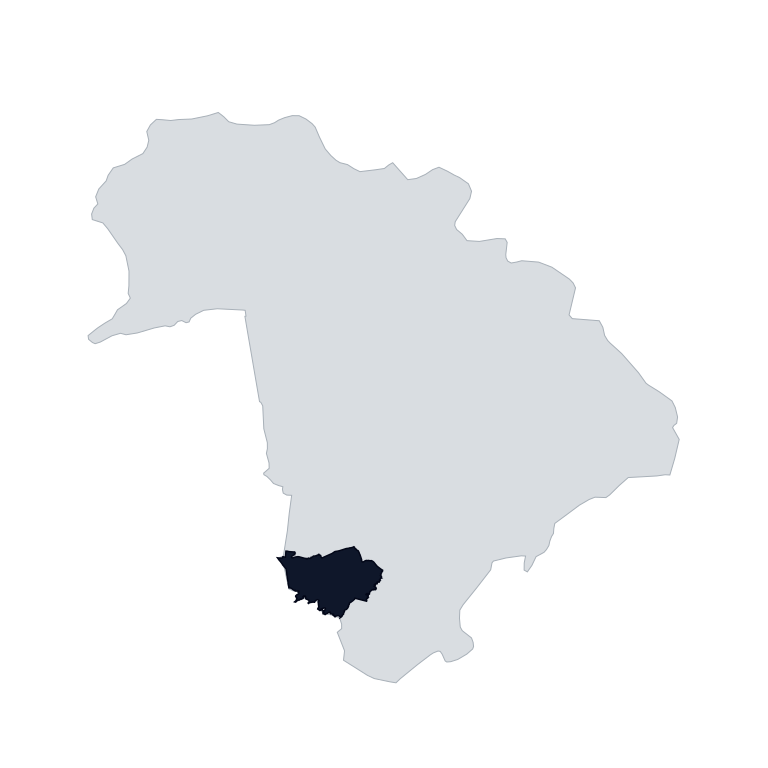 Kompienga, Kompienga, Burkina Faso shown in context, rotated 81°
{"feature_id": "67063806B63358793036390", "entity_name": "Kompienga", "entity_type": "district", "adm_level": 2, "iso_a3": "BFA", "parent_name": "Burkina Faso", "parent_adm1": "Kompienga", "projection": "equal_earth", "projection_center": [0.936, 11.436], "detail": "fine", "context": "in_parent", "style": "filled", "palette": "ink", "viewbox_px": 768, "rotation_deg": 81, "n_neighbors": 0, "source": "geoboundaries", "source_scale": "gbopen_adm2", "svg_char_len": 9077}
<svg xmlns="http://www.w3.org/2000/svg" viewBox="0 0 768 768"><g transform="rotate(81 384 384)"><path d="M569.5,510.1L550.2,511.2L543.1,513.9L538.9,514.0L538.7,511.6L538.2,510.3L513.9,502.4L496.8,497.8L479.5,492.6L478.5,497.4L476.0,500.6L472.2,500.8L469.6,500.0L467.9,503.8L465.0,508.7L461.0,511.1L457.0,514.1L454.8,516.8L453.2,516.8L449.3,510.6L444.0,509.9L434.1,511.0L429.7,509.3L423.7,508.4L409.4,509.7L386.6,507.2L382.9,508.5L381.9,509.7L359.3,510.0L334.4,510.3L313.6,510.6L295.4,510.8L295.4,509.7L289.5,509.6L288.9,511.7L283.6,536.9L283.0,550.6L285.7,559.2L288.8,564.6L292.2,566.8L292.5,569.9L289.7,573.8L290.0,577.9L293.2,582.1L294.0,586.4L292.3,591.1L292.7,602.1L295.0,619.7L295.0,631.1L292.7,636.3L293.8,645.1L298.2,657.7L299.0,663.0L297.4,665.5L293.6,668.8L289.9,668.7L285.5,661.1L283.6,657.6L280.1,649.9L277.1,642.2L273.0,638.8L269.0,635.6L264.2,625.8L259.5,621.1L254.5,622.5L247.2,620.6L232.6,618.2L216.9,618.9L210.3,621.2L203.8,624.7L187.4,632.6L180.9,636.5L176.0,646.4L170.4,646.2L164.9,643.0L161.4,638.5L154.0,639.5L146.8,635.2L139.9,626.6L134.7,623.8L128.2,617.6L126.5,605.8L122.4,597.6L118.7,586.1L113.0,580.9L106.5,578.2L97.5,578.8L91.6,574.2L87.0,567.4L88.3,561.6L90.4,553.4L90.7,545.4L92.2,532.5L91.5,516.4L89.9,505.2L94.9,500.5L100.7,496.3L104.3,488.6L108.2,471.5L109.9,456.7L108.8,451.2L106.9,446.9L105.4,440.5L104.6,432.7L105.7,425.9L110.1,419.6L115.6,414.3L119.5,411.8L129.8,409.2L142.6,405.3L150.0,400.8L155.5,396.4L158.5,392.9L161.6,385.7L166.6,380.1L170.5,374.5L171.1,358.8L171.2,349.9L168.4,345.0L166.8,340.8L185.9,328.6L186.1,319.9L183.5,310.3L179.9,302.5L178.5,295.8L183.8,288.0L188.6,282.0L192.0,277.0L199.5,269.3L207.3,267.4L214.3,270.2L234.9,288.3L238.5,289.4L242.8,288.1L248.3,283.3L255.4,279.6L258.1,267.5L258.0,249.7L259.6,241.6L263.4,240.2L275.3,243.5L278.4,243.7L281.9,242.6L284.4,239.5L284.3,233.8L283.8,228.7L287.8,212.2L294.9,199.9L309.4,184.5L313.8,181.4L319.0,179.8L344.7,190.4L348.9,187.8L355.2,161.5L362.2,159.0L370.6,158.5L376.0,156.3L378.8,154.4L391.1,144.5L412.6,130.9L424.2,125.1L426.5,122.9L434.8,113.3L445.8,102.2L452.8,100.0L462.5,99.2L468.6,101.1L470.3,104.2L472.2,105.8L484.9,101.1L503.0,108.5L518.6,115.9L517.6,120.5L517.5,128.8L516.2,141.8L514.6,157.4L521.0,167.5L528.8,178.4L530.9,182.6L528.8,193.3L530.2,199.6L534.3,210.1L541.3,223.4L548.4,237.1L553.4,238.9L558.1,240.0L560.9,242.4L565.1,244.8L569.3,246.4L572.9,249.4L575.3,252.3L578.3,260.8L586.3,266.3L592.0,271.8L589.7,274.7L582.7,273.5L576.1,271.1L575.2,275.2L574.9,290.7L576.0,303.6L577.5,305.3L584.2,307.7L600.0,324.5L614.4,340.4L619.2,344.5L627.2,346.1L636.0,346.7L639.9,345.3L648.5,337.3L653.1,336.4L657.3,336.6L659.6,337.9L663.7,344.4L667.6,354.3L668.7,361.6L668.4,365.5L667.1,366.9L660.0,368.8L656.9,370.3L656.2,372.4L657.3,377.3L658.7,380.5L666.4,394.8L677.6,414.0L681.0,418.9L679.1,424.7L673.4,439.7L669.2,445.9L650.5,467.2L641.3,464.7L621.9,469.0L619.0,464.1L614.5,463.4L608.9,464.3L606.9,466.2L606.3,468.2L604.3,471.2L600.8,479.6L598.0,481.8L594.5,483.1L590.3,482.9L587.9,484.0L587.9,488.2L587.1,491.8L584.3,493.7L583.1,497.7L583.3,501.7L581.6,503.6L578.0,502.6L575.8,501.5L573.8,506.6L571.3,510.2L569.5,510.1Z" fill="#d9dde1" stroke="#a8b0b8" stroke-width="1"/><path d="M540.0,439.2L540.3,440.0L540.6,442.1L540.5,443.6L540.7,444.7L540.6,447.0L541.7,454.2L541.8,455.8L541.8,458.6L542.3,459.8L543.2,461.6L546.1,472.4L545.8,472.8L545.4,473.1L544.5,473.3L544.1,473.3L543.8,473.4L543.7,473.4L543.5,473.7L543.3,473.6L543.0,474.0L542.9,474.5L542.1,474.8L542.0,475.1L542.1,475.4L542.3,475.4L542.5,475.8L542.7,476.2L542.7,477.1L543.2,477.8L543.0,478.5L543.1,479.3L542.9,480.7L543.5,481.4L543.7,481.9L543.8,483.2L544.4,483.3L544.5,483.8L544.7,484.1L544.6,484.7L544.2,485.6L544.1,486.1L544.9,487.4L544.9,487.6L544.7,488.0L544.1,488.1L544.0,488.5L544.0,488.8L543.7,489.7L541.4,494.8L541.2,495.4L541.0,496.6L541.0,498.3L541.2,500.0L541.4,501.0L541.4,501.9L541.2,502.1L540.9,502.3L540.1,502.3L539.7,501.9L539.4,501.1L538.8,500.1L538.6,498.9L538.1,499.1L537.7,499.1L537.5,498.6L537.1,498.1L536.6,498.4L536.1,498.4L535.8,498.8L535.7,499.8L534.6,504.3L534.1,505.3L533.7,507.0L539.6,508.5L539.5,509.1L538.7,510.8L539.0,511.2L539.7,511.2L539.9,511.5L539.9,512.1L539.5,514.7L539.0,516.4L541.8,515.0L543.3,514.0L546.1,512.5L546.6,512.5L547.2,512.0L551.2,509.7L555.6,509.6L557.4,509.8L558.8,509.7L563.1,509.8L565.6,509.7L566.0,509.9L568.7,509.8L569.3,509.6L569.5,509.8L570.4,509.8L571.1,507.7L572.8,506.0L573.1,505.8L574.2,504.4L574.1,504.2L574.3,504.2L574.7,503.6L574.8,502.9L574.7,501.9L574.8,501.1L575.3,500.3L575.6,500.3L575.8,500.5L576.1,501.3L576.9,500.8L577.6,500.8L577.9,501.0L578.2,501.4L578.6,503.1L579.2,504.1L579.6,504.4L580.2,504.5L581.8,503.5L582.2,503.5L582.5,504.0L583.3,504.2L583.8,504.5L584.5,505.2L585.2,506.4L585.6,505.6L585.6,505.3L584.4,503.7L584.4,503.1L584.0,502.5L584.2,501.5L583.9,500.8L583.4,500.4L583.4,500.1L583.7,499.4L583.3,498.8L583.4,498.0L583.2,497.6L582.8,497.4L582.5,496.7L582.0,496.4L581.9,496.6L582.1,497.0L581.8,497.4L581.5,497.4L580.8,496.5L581.0,496.1L580.9,495.4L581.1,495.0L581.5,494.7L583.8,494.8L584.2,494.6L585.3,492.6L585.8,492.1L586.3,491.9L587.5,491.9L588.0,492.9L588.2,493.1L588.6,493.2L589.0,492.8L588.2,491.7L588.4,491.1L588.2,490.4L588.4,489.4L588.1,488.9L588.3,488.5L588.2,488.2L588.6,487.3L588.7,486.8L588.5,486.5L587.7,486.1L587.2,485.5L586.6,484.0L586.6,483.5L587.2,482.6L587.6,482.1L588.0,482.1L588.4,482.4L588.9,483.1L589.6,483.1L590.2,482.9L590.5,483.0L590.8,483.3L591.3,483.3L591.8,483.1L592.4,483.1L592.8,483.4L593.7,483.2L594.0,483.3L595.6,484.6L595.9,484.7L596.5,483.8L597.5,483.2L597.7,482.8L597.5,481.8L597.5,480.8L597.3,480.2L596.9,480.2L596.7,480.3L596.7,480.6L597.2,481.2L596.9,481.5L596.6,481.5L596.3,481.1L596.1,480.2L596.1,479.4L595.9,478.4L595.9,477.9L596.1,477.3L596.4,477.0L596.9,477.0L597.5,477.4L598.2,478.1L598.7,479.8L599.6,480.0L599.7,479.1L600.1,479.0L600.3,479.2L600.5,479.9L601.3,480.2L601.5,480.1L601.8,479.0L602.5,478.3L602.5,478.0L601.8,476.8L601.8,476.0L601.4,475.6L601.0,474.2L601.1,473.8L600.8,473.2L600.9,472.8L601.2,472.7L602.1,472.9L602.5,472.7L602.8,472.4L602.7,471.9L603.3,470.9L603.3,470.3L603.5,470.0L603.9,470.6L604.1,470.6L604.9,470.0L605.1,469.3L606.1,469.1L606.2,468.8L606.2,468.4L605.7,468.1L605.7,467.5L605.4,466.7L605.8,464.8L607.2,463.7L607.5,463.6L607.9,463.8L607.5,462.9L607.3,462.8L607.3,462.5L607.1,462.3L607.0,462.0L606.6,462.0L606.3,461.5L605.7,461.2L605.6,460.9L604.9,459.9L604.6,459.8L604.3,459.9L603.9,459.8L602.8,458.8L602.4,458.8L602.1,458.5L601.7,458.6L601.0,457.7L600.8,456.9L600.8,456.5L600.6,456.1L600.3,455.9L599.9,455.2L599.4,454.9L599.2,454.5L598.7,454.4L598.0,453.8L597.7,454.0L597.3,453.7L597.0,453.7L596.7,453.2L596.4,452.9L595.5,452.6L595.3,452.4L594.9,452.4L594.7,452.2L594.4,450.9L593.8,449.9L593.4,449.0L591.9,446.7L591.4,446.6L591.0,446.3L595.8,435.2L595.2,434.9L594.7,435.1L594.4,435.2L594.0,435.2L593.5,434.6L593.2,434.5L593.2,434.3L593.3,434.1L593.0,433.7L593.0,433.8L592.8,433.7L592.7,433.8L592.5,433.4L592.2,433.4L592.1,433.2L591.6,433.4L591.6,433.2L591.4,433.2L591.3,432.9L591.0,433.0L590.6,432.7L590.0,432.6L589.8,432.7L589.4,433.4L589.4,433.6L589.6,433.7L589.6,434.3L589.4,434.7L589.3,434.8L589.1,434.5L588.6,434.3L588.4,434.0L588.5,433.9L588.4,433.6L588.5,433.5L588.5,433.3L588.3,433.1L588.4,432.6L589.3,431.5L589.1,431.2L588.9,431.2L587.9,430.9L587.5,430.8L587.5,430.7L587.1,430.7L586.8,430.4L586.5,429.7L586.4,429.6L586.2,429.1L585.8,428.7L585.6,427.9L585.5,427.5L585.3,427.5L585.3,427.3L585.4,427.1L585.3,426.8L585.6,426.9L585.7,426.5L585.5,426.0L585.5,425.4L585.7,425.2L585.5,424.8L585.8,424.6L585.7,424.3L585.5,424.1L584.9,424.0L584.7,423.7L583.7,424.1L583.6,423.9L583.4,424.0L583.3,424.3L583.0,424.4L583.0,424.6L582.7,424.7L582.2,425.4L582.0,425.2L581.8,425.0L581.6,424.7L581.4,424.8L581.3,424.7L581.5,424.5L581.4,424.1L581.2,424.1L581.2,424.4L581.1,424.5L581.1,424.4L580.8,424.0L580.6,424.4L580.4,424.2L580.2,424.2L580.0,423.8L580.2,423.5L579.9,423.2L580.0,423.1L580.2,423.3L580.2,423.2L580.3,422.9L579.9,422.3L580.1,422.0L579.9,421.9L579.7,422.1L579.5,421.9L579.1,421.9L579.2,421.7L578.9,421.5L579.0,421.4L578.9,421.2L578.6,421.2L578.8,420.8L578.6,420.3L578.8,420.0L578.7,419.9L578.8,419.6L578.5,419.4L578.3,419.6L578.1,419.5L578.1,419.2L577.8,418.9L577.7,418.9L577.4,418.5L577.2,418.8L576.6,419.0L576.1,418.2L575.8,418.1L575.5,417.8L575.3,416.8L574.9,417.3L574.6,416.9L574.0,416.6L572.6,417.5L572.4,417.3L572.2,416.9L571.9,417.1L571.4,416.8L571.0,417.0L570.7,416.5L570.1,415.9L569.6,415.6L568.9,415.6L568.8,415.1L568.7,414.8L568.0,414.8L567.7,414.5L566.1,416.3L563.0,419.2L561.9,419.9L561.7,419.9L561.1,420.5L560.5,420.7L558.4,421.9L557.7,422.5L556.9,423.4L556.4,424.3L556.5,425.3L556.4,425.6L556.2,425.7L556.0,427.0L555.9,427.0L556.0,427.6L555.7,428.0L555.6,428.9L555.5,429.0L555.6,430.1L556.5,432.3L556.5,433.1L556.1,433.4L555.5,433.5L555.0,433.8L554.6,433.8L554.2,433.6L553.8,433.6L548.8,434.4L548.1,434.7L546.8,434.9L545.1,435.4L544.5,435.7L544.0,436.6L543.3,437.1L543.2,437.3L542.4,437.6L542.2,438.1L542.1,438.3L541.6,438.4L541.4,438.7L540.6,438.7L540.0,439.2Z" fill="#0f172a" stroke="#020617" stroke-width="1.5"/></g></svg>